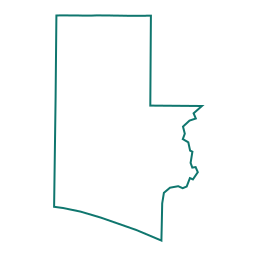 the district of Walton, Florida, United States of America
{"feature_id": "52423323B98740457076881", "entity_name": "Walton", "entity_type": "district", "adm_level": 2, "iso_a3": "USA", "parent_name": "United States of America", "parent_adm1": "Florida", "projection": "mercator", "projection_center": [-86.07, 30.632], "detail": "fine", "context": "isolated", "style": "outline", "palette": "teal", "viewbox_px": 256, "rotation_deg": 0, "n_neighbors": 0, "source": "geoboundaries", "source_scale": "gbopen_adm2", "svg_char_len": 696}
<svg xmlns="http://www.w3.org/2000/svg" viewBox="0 0 256 256"><path d="M110.3,15.5L96.6,15.4L91.7,15.6L83.0,15.6L78.9,15.5L62.8,15.4L61.6,15.4L60.2,15.4L56.4,15.5L55.6,97.8L54.1,206.8L63.0,208.0L80.5,211.6L100.8,217.6L136.3,230.0L160.3,240.1L161.4,240.6L161.7,227.5L162.2,203.4L163.9,192.8L170.0,187.7L178.2,186.2L182.7,188.2L186.7,186.5L189.9,178.1L192.9,179.4L197.8,172.2L195.6,167.1L192.3,167.6L190.6,162.9L192.4,151.7L190.1,150.6L188.3,142.3L182.8,139.1L184.8,133.7L183.0,126.6L189.5,120.6L195.8,118.5L193.6,113.3L201.9,106.0L150.3,105.6L150.9,15.7L146.3,15.7L145.3,15.8L129.0,15.8L116.8,15.6L115.1,15.6L113.5,15.6L112.1,15.5L110.3,15.5Z" fill="none" stroke="#0f766e" stroke-width="2"/></svg>